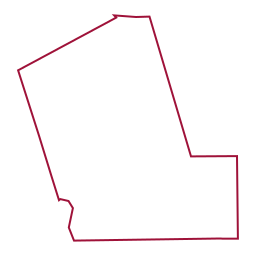 Liberty, Texas, United States of America
{"feature_id": "52423323B64688263814776", "entity_name": "Liberty", "entity_type": "district", "adm_level": 2, "iso_a3": "USA", "parent_name": "United States of America", "parent_adm1": "Texas", "projection": "natural_earth1", "projection_center": [-94.842, 30.189], "detail": "fine", "context": "isolated", "style": "outline", "palette": "rose", "viewbox_px": 256, "rotation_deg": 0, "n_neighbors": 0, "source": "geoboundaries", "source_scale": "gbopen_adm2", "svg_char_len": 340}
<svg xmlns="http://www.w3.org/2000/svg" viewBox="0 0 256 256"><path d="M74.0,240.6L220.3,238.5L223.0,238.7L237.9,238.7L237.0,156.1L191.0,156.4L149.5,16.6L136.0,17.0L114.2,15.4L116.2,17.6L18.1,70.3L39.1,136.0L51.2,175.3L59.0,200.2L60.3,199.1L68.5,201.0L72.9,208.1L68.8,227.5L74.0,240.6Z" fill="none" stroke="#9f1239" stroke-width="2"/></svg>